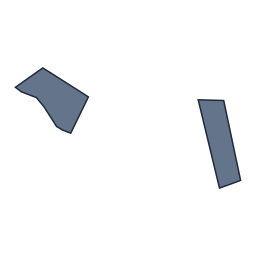 map outline of Satupa'itea (Albers equal-area conic projection)
{"feature_id": "WSM-4993", "entity_name": "Satupa'itea", "entity_type": "state/province", "adm_level": 1, "iso_a3": "WSM", "parent_name": "Samoa", "parent_adm1": "", "projection": "albers", "projection_center": [-172.549, -13.684], "detail": "fine", "context": "isolated", "style": "filled", "palette": "slate", "viewbox_px": 256, "rotation_deg": 0, "n_neighbors": 0, "source": "natural_earth", "source_scale": "10m", "svg_char_len": 307}
<svg xmlns="http://www.w3.org/2000/svg" viewBox="0 0 256 256"><path d="M70.7,133.2L62.7,130.1L56.6,126.5L44.0,106.8L36.4,97.6L21.3,91.8L15.4,87.3L42.8,67.9L57.3,77.1L88.4,96.9L70.7,133.2ZM240.6,180.4L219.5,188.1L198.2,99.8L223.7,100.5L240.6,180.4Z" fill="#64748b" stroke="#1e293b" stroke-width="1.5"/></svg>